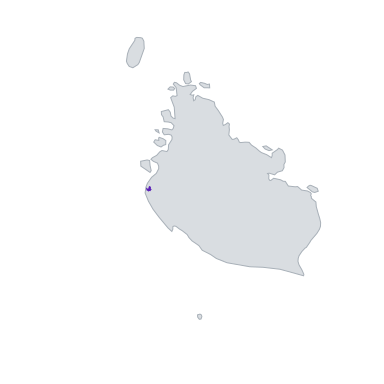 Dongnae-gu, Busan, South Korea shown in context, rotated 128°
{"feature_id": "91817680B12008242239928", "entity_name": "Dongnae-gu", "entity_type": "district", "adm_level": 2, "iso_a3": "KOR", "parent_name": "South Korea", "parent_adm1": "Busan", "projection": "equal_earth", "projection_center": [129.073, 35.197], "detail": "fine", "context": "in_parent", "style": "filled", "palette": "violet", "viewbox_px": 384, "rotation_deg": 128, "n_neighbors": 0, "source": "geoboundaries", "source_scale": "gbopen_adm2", "svg_char_len": 3696}
<svg xmlns="http://www.w3.org/2000/svg" viewBox="0 0 384 384"><g transform="rotate(128 192 192)"><path d="M122.2,95.1L123.4,94.1L123.5,92.7L123.6,88.2L127.0,85.1L131.8,78.6L134.2,75.1L136.9,71.8L140.0,69.6L143.1,68.6L147.8,68.1L157.0,68.5L158.8,68.2L165.2,67.8L166.7,68.4L171.3,68.8L176.4,68.4L179.0,67.4L181.4,65.8L183.5,62.9L185.7,57.5L188.0,53.2L189.3,52.5L198.7,75.1L207.6,89.7L215.3,100.4L226.2,120.9L229.4,131.9L229.8,138.7L231.6,148.1L230.0,153.5L230.5,162.0L229.8,166.3L228.5,169.6L228.5,175.8L228.9,179.1L228.9,183.5L229.8,185.2L231.1,185.8L233.1,184.2L235.5,183.6L235.1,188.8L232.2,202.3L229.6,212.0L226.1,220.6L221.6,228.4L216.2,231.4L212.5,232.5L205.3,232.9L199.3,231.6L194.1,232.6L192.1,234.2L190.5,237.0L191.6,241.3L191.5,244.5L189.3,244.3L184.9,242.4L180.1,242.1L177.8,241.2L175.6,236.7L173.2,236.8L169.2,239.5L163.0,240.1L160.8,241.6L160.0,243.5L160.9,245.9L164.0,249.1L162.9,252.3L159.7,253.9L157.1,249.9L155.5,246.1L153.6,245.9L150.8,247.0L150.2,251.1L151.5,253.9L153.7,257.2L150.6,261.0L149.8,263.7L147.5,265.7L141.7,261.3L142.5,258.3L145.1,255.3L145.4,252.3L144.6,250.5L136.1,258.2L130.8,266.9L128.0,266.3L126.9,264.0L125.2,263.1L119.5,268.8L118.5,273.2L116.4,273.4L115.5,271.5L115.5,267.5L114.5,264.1L108.7,259.1L106.1,254.7L107.6,252.3L112.4,253.6L116.3,253.5L115.6,251.4L114.3,250.4L116.9,249.3L119.1,246.9L117.3,246.3L114.6,247.6L112.3,246.9L111.5,241.3L108.8,235.5L107.4,229.8L110.2,226.6L111.6,221.5L114.2,214.2L115.5,211.9L119.0,210.1L120.3,208.3L118.4,207.3L115.3,206.4L115.4,204.3L117.5,203.2L119.9,200.9L124.4,198.1L125.8,192.7L124.5,191.4L121.7,190.1L122.4,187.5L123.6,185.4L123.2,184.2L119.9,180.7L117.7,177.6L118.4,174.0L118.0,168.6L118.3,164.1L118.2,161.6L116.6,156.1L116.0,150.5L113.8,151.3L112.1,152.7L106.0,150.8L104.1,150.7L103.3,146.5L105.6,141.5L110.9,137.0L113.8,136.5L116.1,134.5L119.6,133.9L123.8,136.9L127.6,137.5L129.6,142.7L130.9,143.9L131.2,141.9L134.3,139.7L135.0,138.0L134.4,137.0L130.9,136.1L127.8,129.6L127.4,126.8L126.2,125.0L128.0,119.8L124.4,113.9L122.7,112.1L123.0,106.8L121.1,103.4L120.1,101.6L119.5,98.4L120.0,96.9L121.7,96.4L122.2,95.1ZM107.7,330.4L106.0,331.5L104.3,330.8L103.9,330.3L101.9,327.3L101.4,325.8L102.8,322.8L108.3,318.0L122.4,313.3L125.0,313.1L130.5,315.1L131.7,318.8L130.6,322.1L129.3,324.2L122.8,327.9L117.8,329.6L107.7,330.4ZM203.1,248.2L199.4,251.4L194.4,247.1L193.3,244.8L197.0,241.3L200.3,237.3L202.4,237.1L203.1,248.2ZM176.7,247.9L176.2,252.9L173.5,253.2L171.8,249.9L170.0,251.5L169.1,251.5L167.8,247.5L167.6,244.3L170.8,241.9L172.8,243.3L175.6,244.1L176.7,247.9ZM104.7,270.5L102.2,271.3L100.8,269.5L99.8,269.0L100.4,266.7L104.6,262.0L105.4,260.4L109.1,261.4L110.5,263.8L108.7,267.6L104.7,270.5ZM117.8,97.3L117.6,104.1L115.5,103.8L114.0,103.1L113.4,101.8L112.0,95.6L113.7,93.0L116.8,95.0L117.8,97.3ZM102.5,251.7L102.0,253.0L100.3,252.6L98.6,249.0L97.9,246.2L96.2,244.7L99.0,242.2L102.4,246.6L102.5,251.7ZM113.1,160.8L112.6,164.2L110.0,162.0L109.4,154.7L112.0,156.8L113.1,160.8ZM287.1,110.5L285.4,112.0L283.3,110.5L283.1,108.9L284.1,107.5L286.6,106.7L287.8,107.9L287.1,110.5ZM125.1,271.9L125.7,274.3L122.6,273.9L120.9,271.5L121.1,269.4L123.0,269.2L125.1,271.9ZM166.2,257.8L165.7,259.4L163.8,256.9L165.7,254.3L166.2,257.8Z" fill="#d9dde1" stroke="#a8b0b8" stroke-width="1"/><path d="M217.7,227.1L217.2,226.9L216.9,226.8L216.7,226.6L216.6,226.3L216.5,226.1L216.2,226.2L215.9,226.3L215.7,226.3L215.5,226.2L215.3,227.1L214.7,227.4L214.3,227.6L214.1,228.1L214.0,228.3L214.1,228.6L214.7,228.5L215.2,228.1L215.6,227.9L216.2,227.8L216.7,228.0L216.8,228.1L217.0,228.4L217.2,228.6L217.5,228.7L217.5,229.1L217.9,228.6L217.8,228.2L217.7,227.9L217.6,227.5L217.7,227.1Z" fill="#8b5cf6" stroke="#5b21b6" stroke-width="1.5"/></g></svg>